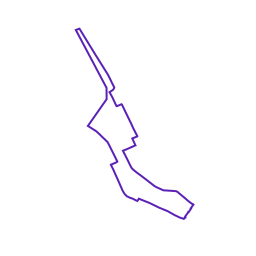 Al-Sharq, Bur Sa`id, Egypt, rotated 302°
{"feature_id": "37247803B90790546702269", "entity_name": "Al-Sharq", "entity_type": "district", "adm_level": 2, "iso_a3": "EGY", "parent_name": "Egypt", "parent_adm1": "Bur Sa`id", "projection": "natural_earth1", "projection_center": [32.303, 31.263], "detail": "fine", "context": "isolated", "style": "outline", "palette": "violet", "viewbox_px": 256, "rotation_deg": 302, "n_neighbors": 0, "source": "geoboundaries", "source_scale": "gbopen_adm2", "svg_char_len": 1979}
<svg xmlns="http://www.w3.org/2000/svg" viewBox="0 0 256 256"><g transform="rotate(302 128 128)"><path d="M71.1,174.6L73.8,174.7L75.8,185.9L77.0,197.1L78.5,205.7L78.8,213.2L79.3,217.6L79.6,220.0L80.5,223.2L80.5,223.5L81.0,223.6L81.7,223.6L82.0,223.6L82.1,223.9L82.2,224.1L82.4,224.2L82.8,224.0L82.8,223.7L82.9,223.4L83.6,223.4L85.0,223.5L86.2,223.6L87.0,223.7L87.9,223.6L88.6,223.6L88.6,223.8L88.7,224.0L93.4,224.2L93.7,224.1L93.6,223.8L97.7,224.1L97.8,223.5L97.8,223.0L97.7,222.8L97.6,222.5L97.7,221.0L98.0,218.0L98.5,214.7L99.0,211.3L99.3,209.1L99.6,206.8L99.7,205.9L99.8,205.3L99.9,205.0L100.0,204.7L100.0,203.7L100.0,203.0L100.0,202.8L99.9,202.3L99.6,201.7L99.2,200.9L98.6,199.7L98.0,198.6L96.8,196.4L96.3,195.4L94.1,191.4L93.9,191.1L93.9,190.8L93.8,190.2L93.3,186.4L92.9,183.7L92.8,181.5L92.9,180.0L93.2,177.4L93.7,172.5L93.7,172.2L93.8,171.8L94.0,169.3L94.4,165.2L94.6,162.8L94.7,161.5L94.9,158.9L95.1,157.0L95.4,154.9L95.5,154.7L95.5,154.4L95.7,153.2L95.9,152.6L96.0,152.4L96.1,152.1L96.7,151.0L98.4,148.2L100.0,145.7L100.5,144.9L106.0,135.8L106.8,136.3L109.4,138.2L113.1,140.7L116.8,143.2L117.0,143.3L117.2,143.5L119.6,139.9L121.4,137.2L125.6,140.2L125.9,140.3L126.1,140.1L130.5,132.7L134.0,127.4L140.3,117.3L141.7,115.1L144.6,110.5L144.7,110.2L144.7,109.9L143.4,109.0L140.8,107.1L140.6,106.9L140.5,106.7L140.9,106.0L141.6,104.8L145.8,98.4L148.6,93.3L151.9,94.9L153.6,95.2L155.2,94.8L158.1,89.9L158.8,88.9L160.7,85.9L162.3,83.2L162.9,82.1L172.9,61.5L186.5,34.2L183.5,31.8L150.7,88.5L141.1,94.6L123.7,93.7L108.5,92.9L108.5,94.6L108.4,102.9L107.5,107.7L106.8,110.7L106.1,114.3L106.0,114.5L106.0,114.8L105.5,116.8L105.4,117.6L105.4,117.8L105.0,118.5L103.8,120.6L97.7,130.6L93.9,136.7L93.8,136.8L92.3,136.1L90.4,134.7L89.7,134.3L88.5,133.4L88.0,133.0L87.8,132.9L87.6,133.1L87.4,133.4L87.1,134.0L86.2,135.5L85.5,136.7L78.6,147.0L72.1,156.5L70.4,159.7L69.5,163.1L70.0,167.4L70.3,168.0L70.4,168.4L70.9,173.4L71.1,174.6Z" fill="none" stroke="#5b21b6" stroke-width="2"/></g></svg>